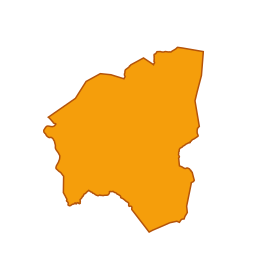 San Marcos de Colon, Choluteca, Honduras, rotated 16°
{"feature_id": "27666195B6198023019370", "entity_name": "San Marcos de Colon", "entity_type": "district", "adm_level": 2, "iso_a3": "HND", "parent_name": "Honduras", "parent_adm1": "Choluteca", "projection": "albers", "projection_center": [-86.836, 13.415], "detail": "fine", "context": "isolated", "style": "filled", "palette": "amber", "viewbox_px": 256, "rotation_deg": 16, "n_neighbors": 0, "source": "geoboundaries", "source_scale": "gbopen_adm2", "svg_char_len": 5669}
<svg xmlns="http://www.w3.org/2000/svg" viewBox="0 0 256 256"><g transform="rotate(16 128 128)"><path d="M48.4,139.6L50.0,140.3L51.5,141.3L52.1,141.6L52.6,142.0L54.3,143.0L54.7,143.5L55.0,143.7L55.5,143.8L56.2,143.9L56.5,143.9L56.9,143.8L57.2,143.8L57.5,144.0L57.5,144.5L57.3,145.0L57.0,145.7L56.6,146.3L56.4,146.6L56.1,146.8L55.1,147.5L54.6,147.6L53.9,147.8L53.0,147.9L51.5,148.0L50.5,148.2L49.8,148.4L49.5,148.7L49.0,149.3L48.5,150.4L47.7,153.2L47.7,153.5L47.8,153.9L48.2,154.9L48.4,155.2L48.9,155.5L49.5,156.0L50.3,156.3L51.4,157.5L51.9,157.9L52.2,158.1L53.9,158.8L54.5,158.9L54.9,158.9L55.6,158.7L56.3,158.3L56.6,158.3L57.0,158.2L58.5,158.8L58.8,159.0L59.1,159.2L60.0,160.2L60.5,160.6L60.8,160.8L61.1,161.4L61.6,162.3L62.7,164.1L63.0,164.7L63.6,167.0L63.8,167.4L64.0,167.7L64.5,168.3L65.2,169.0L67.4,170.7L68.0,171.2L68.4,171.7L69.7,173.0L69.9,173.3L70.1,173.5L70.2,173.8L70.5,175.1L70.7,176.2L70.8,176.9L70.6,179.0L70.6,179.8L69.6,184.1L69.6,185.7L69.7,186.0L69.8,186.4L69.9,186.6L70.1,186.9L70.5,187.1L72.3,188.0L73.4,188.6L75.2,189.2L76.5,189.9L77.5,190.8L79.4,192.1L83.7,208.0L84.3,208.5L84.8,209.0L85.2,209.6L86.1,210.3L87.1,211.5L88.7,213.1L88.9,213.3L88.9,213.6L89.0,214.0L88.9,214.6L89.0,215.0L89.4,215.3L90.3,215.7L90.8,216.1L91.1,216.4L91.3,216.8L91.4,217.9L91.7,218.6L92.3,218.7L92.8,218.9L93.0,218.9L93.5,218.8L94.0,218.5L94.3,218.3L94.4,218.1L95.0,217.3L95.5,216.8L95.8,216.5L96.6,216.2L97.1,215.8L97.5,215.3L97.6,215.1L97.6,214.8L97.8,214.6L98.0,214.6L98.6,215.2L98.9,215.3L99.0,215.3L99.2,215.2L99.4,214.9L99.5,214.6L99.6,214.0L99.7,213.8L100.1,213.9L100.6,213.7L100.8,213.6L101.0,213.7L101.2,214.0L102.0,214.2L102.3,214.1L102.6,213.8L102.8,213.5L102.8,213.2L102.7,213.0L102.5,212.8L102.3,212.6L102.3,212.4L102.4,211.9L102.4,211.7L102.2,211.2L101.9,210.7L101.8,210.4L101.7,210.1L101.7,209.9L101.9,209.6L102.2,209.2L102.4,208.7L102.8,207.9L103.1,206.5L103.1,206.4L103.3,206.4L103.6,205.9L103.8,205.1L103.9,204.1L104.0,203.8L104.2,203.4L104.5,203.2L104.8,203.0L104.9,202.9L105.6,201.9L105.8,201.3L106.5,200.2L107.0,199.6L107.2,199.0L107.3,198.8L107.6,198.8L108.2,199.1L108.6,199.1L109.5,199.6L111.2,199.7L111.6,200.0L111.8,200.2L112.1,200.3L112.5,200.4L113.1,200.3L113.4,200.4L115.2,201.1L116.2,201.3L116.9,201.3L117.4,201.4L117.9,201.3L118.1,201.2L118.3,201.1L119.0,200.4L119.5,200.2L120.0,200.2L120.2,200.3L120.5,200.3L120.8,200.2L121.2,200.0L121.4,200.0L121.9,199.9L122.4,199.9L122.6,199.9L122.9,199.8L123.2,199.5L124.4,199.0L124.8,198.9L125.8,198.6L126.9,198.1L127.1,198.0L127.2,197.8L127.8,196.7L128.1,195.1L127.7,194.4L127.8,194.2L128.1,194.0L128.8,193.8L129.7,193.7L130.3,193.6L130.5,193.4L130.8,193.1L131.0,193.0L131.4,193.1L132.2,193.5L132.6,193.6L133.1,193.7L133.4,193.6L133.7,193.6L134.3,193.7L135.2,194.1L135.5,194.4L135.7,194.5L136.2,194.6L136.4,194.5L136.6,194.5L137.7,194.9L138.2,194.9L139.3,195.4L139.6,195.6L139.8,195.8L140.1,196.7L140.2,196.9L140.4,197.0L141.0,197.1L142.1,197.2L142.8,197.4L143.3,197.6L144.1,197.9L144.6,198.2L145.1,198.3L146.1,198.9L146.7,199.0L147.5,199.3L148.4,199.5L149.2,200.0L149.4,200.1L149.5,200.3L150.0,202.3L150.2,202.5L150.6,202.9L150.7,203.0L150.8,203.0L151.6,202.5L152.1,202.4L152.4,202.4L153.0,202.5L153.4,202.9L153.7,203.4L153.8,204.0L153.8,204.5L154.1,205.3L177.0,222.2L179.7,219.6L194.4,207.5L200.6,204.2L203.4,204.5L204.3,201.7L205.1,200.7L207.0,200.0L207.1,197.4L208.3,192.9L205.9,187.0L204.1,164.1L203.8,163.6L204.2,162.9L204.5,162.5L205.4,161.7L205.8,161.3L205.8,161.2L205.9,160.3L206.1,160.0L201.9,152.9L201.6,152.7L200.6,152.2L200.4,152.0L200.4,151.7L200.2,151.5L200.0,151.4L199.7,151.4L198.3,150.4L198.0,150.3L196.8,150.1L195.9,150.1L195.6,150.2L195.4,150.4L194.7,150.9L194.1,151.2L193.9,151.2L193.5,151.2L193.0,151.1L192.6,151.1L192.2,151.0L191.7,150.8L191.0,150.6L190.6,150.5L188.8,150.3L187.9,150.2L187.1,148.3L185.3,143.7L184.9,143.0L184.9,142.9L185.1,142.6L185.3,142.0L185.3,141.7L185.3,141.4L185.0,141.0L184.0,139.9L183.9,139.7L183.8,139.1L183.8,138.8L183.8,138.6L183.6,138.0L183.3,137.2L183.5,136.5L183.6,136.2L183.3,135.1L183.2,134.4L183.6,133.2L183.9,132.8L185.1,131.7L185.4,131.3L185.8,130.5L186.0,130.1L186.5,129.7L187.0,129.2L187.6,128.4L188.1,127.7L188.3,127.4L189.4,126.5L189.9,126.0L190.2,125.6L190.4,125.6L191.1,125.3L191.7,124.9L191.8,124.7L191.7,124.4L191.5,124.2L192.1,123.4L192.3,123.2L192.9,121.8L193.5,121.1L194.5,120.3L195.2,119.5L197.5,116.7L197.6,116.3L197.5,116.0L197.2,115.5L196.4,114.5L195.9,113.8L195.6,112.9L195.2,111.7L195.1,111.0L194.9,109.2L195.1,108.9L195.4,108.2L196.1,106.8L184.9,83.4L184.5,74.3L184.1,57.2L179.7,35.5L179.3,33.8L158.2,36.1L153.4,36.8L153.1,37.1L152.7,37.9L152.2,38.7L151.9,39.0L151.7,39.3L150.1,41.0L149.4,41.7L148.9,42.3L148.5,42.9L148.3,43.1L148.0,43.1L147.7,43.3L147.1,43.4L146.7,43.4L146.3,43.6L145.9,43.8L142.8,44.2L142.6,44.3L141.6,45.0L140.5,45.4L139.9,45.5L139.3,45.6L138.9,45.6L138.3,45.6L138.0,45.6L137.1,45.9L135.5,46.4L134.8,46.7L134.7,47.0L134.6,47.4L134.2,48.7L134.0,49.0L133.8,49.3L133.0,49.8L132.9,50.1L132.9,50.6L132.9,50.8L133.0,51.0L133.4,51.7L133.5,51.9L133.4,52.1L133.5,52.3L133.8,53.4L134.0,53.8L134.1,54.3L134.2,54.7L134.4,55.0L134.3,55.4L134.3,55.6L134.5,56.0L134.7,56.4L134.6,56.7L134.9,57.1L135.2,57.3L135.3,57.5L135.5,57.7L135.5,57.9L135.5,58.1L135.5,58.4L135.4,58.5L135.1,59.1L135.1,60.1L123.6,56.4L113.3,66.5L113.2,66.7L113.0,67.5L112.8,67.7L112.6,67.8L112.4,67.9L112.4,68.2L112.3,68.6L112.2,68.8L112.0,69.4L111.0,70.7L109.5,72.7L109.4,73.1L109.4,74.2L109.8,75.8L109.7,76.6L109.7,76.8L109.7,77.1L110.0,78.1L110.2,78.4L111.0,79.2L111.1,79.6L111.1,79.8L110.8,80.2L110.7,80.5L110.7,81.5L110.6,81.8L96.9,81.5L86.4,83.4L74.9,94.8L69.3,114.0L48.4,139.6Z" fill="#f59e0b" stroke="#b45309" stroke-width="1.5"/></g></svg>